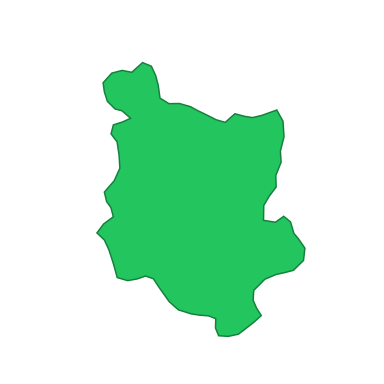 Bandeira do Sul, Minas Gerais, Brazil, rotated 209°
{"feature_id": "56859067B38581896750918", "entity_name": "Bandeira do Sul", "entity_type": "district", "adm_level": 2, "iso_a3": "BRA", "parent_name": "Brazil", "parent_adm1": "Minas Gerais", "projection": "equal_earth", "projection_center": [-46.384, -21.726], "detail": "fine", "context": "isolated", "style": "filled", "palette": "green", "viewbox_px": 384, "rotation_deg": 209, "n_neighbors": 0, "source": "geoboundaries", "source_scale": "gbopen_adm2", "svg_char_len": 1154}
<svg xmlns="http://www.w3.org/2000/svg" viewBox="0 0 384 384"><g transform="rotate(209 192 192)"><path d="M215.9,80.9L205.3,83.3L197.9,89.3L191.9,96.0L183.7,97.4L172.7,91.7L158.7,85.0L146.7,82.3L133.7,85.0L125.5,88.0L117.5,91.7L109.8,92.7L105.5,84.4L99.0,79.2L90.3,83.3L82.5,90.1L78.8,98.5L74.6,108.5L71.5,117.5L79.3,121.8L86.0,126.9L90.3,135.9L86.0,151.0L78.5,160.6L72.0,166.3L65.3,172.7L61.3,186.2L66.0,197.6L75.8,202.5L82.8,205.2L91.3,213.6L100.0,215.2L104.4,206.0L115.7,201.9L122.7,215.0L122.4,226.0L120.8,237.1L126.7,247.1L128.5,261.2L134.5,270.6L138.3,284.9L146.7,298.0L157.6,304.8L168.2,292.7L175.2,286.4L182.6,283.7L192.4,281.2L196.7,269.0L205.9,266.9L216.9,266.5L227.1,265.9L234.6,265.9L245.9,263.3L255.0,258.1L265.5,258.6L273.3,269.0L280.3,276.3L288.5,282.3L298.0,281.2L302.7,267.5L312.0,264.5L319.8,257.1L322.7,244.4L317.2,237.1L310.0,230.3L299.5,227.3L292.5,229.1L281.5,226.7L286.6,219.7L293.3,212.6L291.0,203.6L281.8,199.5L273.6,188.8L266.6,177.8L265.5,164.1L268.6,149.4L262.0,142.2L255.3,139.0L248.8,132.2L253.8,121.2L255.3,110.1L245.3,107.5L236.6,101.1L226.1,91.3L215.9,80.9Z" fill="#22c55e" stroke="#15803d" stroke-width="1.5"/></g></svg>